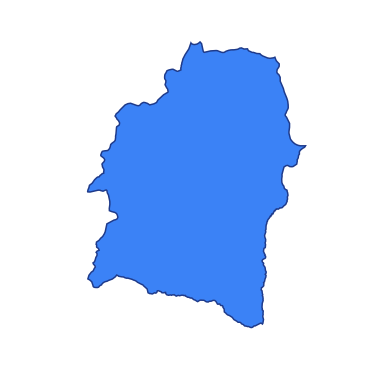 Pimampiro, Imbabura, Ecuador, rotated 167°
{"feature_id": "8360857B7887344691779", "entity_name": "Pimampiro", "entity_type": "district", "adm_level": 2, "iso_a3": "ECU", "parent_name": "Ecuador", "parent_adm1": "Imbabura", "projection": "orthographic", "projection_center": [-77.94, 0.296], "detail": "fine", "context": "isolated", "style": "filled", "palette": "blue", "viewbox_px": 384, "rotation_deg": 167, "n_neighbors": 0, "source": "geoboundaries", "source_scale": "gbopen_adm2", "svg_char_len": 5992}
<svg xmlns="http://www.w3.org/2000/svg" viewBox="0 0 384 384"><g transform="rotate(167 192 192)"><path d="M153.1,47.5L152.5,48.1L151.0,51.7L151.1,54.3L150.8,55.6L150.3,56.4L150.0,58.2L149.5,59.5L149.4,60.3L150.1,61.4L149.8,62.0L149.7,64.0L148.6,67.7L147.1,70.2L147.1,71.2L146.8,71.6L146.5,74.2L146.8,75.1L146.2,75.9L146.3,77.4L146.0,80.0L146.6,80.9L146.6,81.4L146.2,81.9L145.9,83.1L144.8,83.4L143.2,84.5L143.0,85.5L142.5,86.8L142.6,87.7L141.6,88.2L140.4,90.8L139.2,92.5L138.6,94.2L139.2,95.3L138.7,95.9L138.3,96.0L137.7,97.3L137.8,98.1L138.1,98.7L137.8,101.8L138.0,102.9L138.8,104.5L138.7,105.7L138.3,106.1L138.3,106.7L138.9,107.5L139.2,108.2L139.2,109.3L138.3,110.2L137.0,110.7L136.1,110.8L135.3,111.2L134.8,112.2L134.8,113.1L135.3,113.8L134.9,114.6L135.3,115.6L135.7,118.2L134.6,120.8L134.2,121.1L133.4,121.2L133.0,121.6L132.7,122.5L132.7,123.1L132.2,123.8L132.2,126.1L131.4,127.3L130.9,129.3L131.2,131.6L131.0,133.5L129.1,136.5L129.1,137.8L128.9,138.3L128.3,139.0L127.8,141.2L127.2,143.0L126.2,144.6L125.7,146.0L125.2,146.3L124.8,147.3L123.4,148.7L123.0,148.8L121.6,150.3L121.2,150.3L121.1,150.8L120.5,150.8L120.5,151.3L119.7,151.5L119.4,152.4L119.0,152.2L118.6,152.6L118.0,152.6L118.1,153.0L117.6,153.1L116.2,154.9L115.7,154.8L115.6,155.4L115.1,155.6L114.8,155.5L113.7,156.5L113.1,156.1L112.4,156.3L111.6,155.9L109.8,156.8L109.4,156.5L107.6,156.5L105.7,157.8L103.5,158.8L101.3,161.7L101.4,162.2L100.5,163.6L100.2,165.7L99.2,167.2L99.0,170.1L99.2,171.2L99.0,172.1L99.2,172.7L100.0,173.1L101.2,174.7L101.2,177.1L102.0,178.8L102.3,181.1L101.7,184.4L100.7,187.1L100.4,188.8L96.8,195.6L94.5,196.5L92.8,196.4L90.9,194.7L88.8,194.1L87.7,194.1L83.7,195.6L82.5,198.4L82.3,199.8L81.6,200.4L80.8,201.4L80.0,203.6L78.8,204.8L78.5,206.4L78.1,207.4L76.7,208.5L74.3,209.7L73.0,210.0L71.9,210.5L71.0,211.5L75.9,212.6L77.9,213.5L79.4,214.5L81.0,215.9L82.7,218.2L83.9,220.7L84.2,221.7L84.3,227.6L83.8,229.4L82.4,233.1L81.5,236.9L83.1,243.7L83.9,245.2L83.9,246.2L83.3,247.3L82.6,247.8L81.7,249.3L79.8,251.5L79.3,252.4L78.7,255.3L78.3,259.0L78.5,262.0L79.6,268.7L79.7,272.3L81.1,280.1L80.3,284.0L81.0,286.9L82.1,288.3L82.4,289.8L81.4,292.3L79.7,293.8L78.8,294.9L78.2,297.2L80.2,300.6L80.6,302.1L80.9,304.7L82.3,304.4L86.0,304.7L88.2,305.6L92.7,308.8L94.3,310.6L94.7,311.5L97.8,312.4L100.7,314.2L102.0,314.5L105.1,316.9L105.5,317.8L105.7,319.0L109.1,319.6L111.5,321.3L113.4,321.4L114.3,321.0L115.7,320.8L119.1,321.1L122.0,321.7L124.3,321.8L127.2,321.5L129.2,320.8L130.6,321.0L132.0,321.6L135.5,324.0L136.7,324.4L142.2,325.3L148.6,325.3L149.0,325.6L149.4,326.6L149.3,334.4L150.4,336.4L151.9,335.6L153.4,335.1L154.3,335.0L156.4,335.1L157.5,335.5L158.6,336.2L159.3,336.9L159.5,337.5L162.9,332.1L167.8,327.4L170.9,323.7L172.0,321.5L172.9,320.0L173.3,318.7L173.9,318.0L174.4,316.3L175.0,315.4L175.4,313.4L178.6,312.8L179.4,313.0L182.9,315.9L184.2,316.1L187.1,316.1L189.1,315.8L190.7,313.8L191.5,313.1L192.2,312.1L192.9,309.9L193.1,308.5L192.4,306.5L192.8,304.9L194.1,302.6L193.3,299.4L192.6,297.8L192.7,295.2L193.1,294.6L197.7,293.2L204.5,289.3L206.4,287.2L209.2,286.5L213.6,286.4L215.4,288.3L217.8,289.8L219.1,290.2L220.7,289.9L222.2,289.2L223.3,288.3L224.6,288.1L226.1,288.6L231.9,292.3L234.6,292.5L237.6,291.9L243.4,288.3L245.7,286.5L248.3,285.2L249.1,284.1L249.8,283.4L249.8,282.9L249.0,281.5L248.8,280.1L247.6,278.1L247.0,275.7L247.3,274.7L247.9,273.6L250.7,272.5L251.1,271.7L252.2,268.2L253.1,265.4L253.9,263.7L254.2,262.2L255.2,259.6L256.5,258.6L259.3,257.4L260.5,256.6L261.5,254.5L262.4,253.1L263.6,252.1L264.8,251.4L268.5,251.8L270.2,251.8L271.1,250.9L272.6,248.5L272.6,247.7L270.6,245.2L270.1,244.4L269.8,242.9L270.7,241.5L273.1,239.9L273.5,239.1L273.4,237.5L273.6,236.8L272.8,233.9L273.0,232.7L273.4,231.9L273.8,230.2L275.4,230.1L276.2,229.5L277.9,228.8L279.0,227.7L280.4,227.8L281.4,227.5L284.1,225.9L287.3,223.0L290.4,221.6L291.5,219.4L292.8,217.6L293.6,215.9L293.5,215.5L291.1,214.9L283.0,214.9L281.1,214.4L280.8,214.0L278.5,212.8L275.7,213.3L274.9,213.1L274.6,212.6L274.7,210.2L274.1,207.9L274.2,201.4L274.8,198.5L276.3,194.6L276.7,192.4L274.7,191.0L271.7,189.4L270.4,188.0L270.0,186.5L269.9,184.1L270.8,182.8L271.6,182.5L272.5,182.2L274.3,182.2L282.1,180.1L285.5,172.8L286.9,170.9L289.1,168.7L291.4,167.5L293.5,165.8L296.3,164.7L297.2,162.5L296.8,162.0L297.3,159.9L297.2,159.5L296.3,158.6L295.8,157.5L295.6,156.1L297.7,155.8L299.0,154.8L298.4,153.5L298.7,151.9L299.2,151.1L300.3,150.0L301.8,147.3L302.8,145.9L304.4,145.2L304.3,144.1L303.2,141.9L303.1,140.6L304.4,139.5L306.0,137.4L308.2,136.5L311.1,134.1L313.0,130.8L313.0,130.6L311.6,129.5L309.9,127.1L309.5,123.3L309.5,122.1L309.0,121.4L308.0,120.8L305.6,120.2L304.4,120.3L303.4,121.1L302.2,121.7L301.1,121.8L300.2,122.8L298.8,123.6L297.3,124.1L294.5,124.2L293.3,124.6L289.2,125.1L285.6,126.7L284.1,128.0L283.2,127.4L282.4,126.4L279.7,125.2L277.8,124.6L276.6,123.5L275.0,122.7L273.9,122.5L269.9,120.3L269.0,119.5L267.2,118.4L266.1,117.3L265.5,116.4L261.6,113.1L261.0,112.9L260.2,111.4L257.6,107.7L257.5,107.2L257.5,103.7L256.0,102.5L255.5,102.5L254.7,102.0L253.4,101.6L251.2,102.2L250.0,101.6L248.9,102.1L248.0,103.5L247.0,103.4L244.4,101.6L244.0,100.6L243.8,100.5L242.0,100.1L240.8,100.3L240.3,100.1L240.5,99.1L239.8,97.6L238.2,96.7L235.9,96.5L235.3,96.0L234.2,96.2L233.4,95.9L232.6,96.0L230.8,94.1L228.7,94.4L227.4,93.7L225.4,93.8L223.8,93.4L223.1,92.8L222.0,92.8L221.7,92.0L220.8,91.4L220.2,90.6L218.6,90.0L217.5,89.1L216.0,88.7L214.6,86.8L212.9,85.7L212.2,84.8L211.1,83.9L208.9,84.7L207.9,84.7L204.7,83.8L202.8,81.8L201.1,81.2L200.8,81.2L199.8,81.6L197.7,81.3L195.8,81.7L194.2,81.2L193.3,80.0L192.4,77.1L191.9,76.8L191.1,76.8L190.1,76.6L189.9,75.7L189.4,74.9L187.9,74.4L187.6,73.5L187.8,72.8L187.0,70.6L187.5,67.9L186.3,66.4L186.0,65.7L185.0,64.3L183.3,63.2L181.0,60.8L179.8,58.2L177.5,56.1L176.4,54.7L174.6,54.3L173.7,53.3L173.4,52.4L171.8,51.3L170.9,49.7L169.1,49.0L168.2,48.4L167.1,48.2L165.5,46.9L164.3,46.5L163.2,46.7L161.5,47.6L160.7,47.3L154.7,48.8L154.0,48.6L153.1,47.5Z" fill="#3b82f6" stroke="#1e3a8a" stroke-width="1.5"/></g></svg>